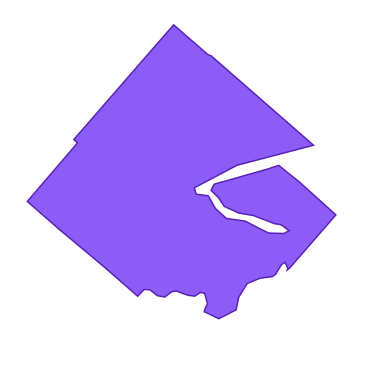 the district of Mason, Washington, United States of America, rotated 41°
{"feature_id": "52423323B30851290743950", "entity_name": "Mason", "entity_type": "district", "adm_level": 2, "iso_a3": "USA", "parent_name": "United States of America", "parent_adm1": "Washington", "projection": "robinson", "projection_center": [-123.026, 47.345], "detail": "fine", "context": "isolated", "style": "filled", "palette": "violet", "viewbox_px": 384, "rotation_deg": 41, "n_neighbors": 0, "source": "geoboundaries", "source_scale": "gbopen_adm2", "svg_char_len": 904}
<svg xmlns="http://www.w3.org/2000/svg" viewBox="0 0 384 384"><g transform="rotate(41 192 192)"><path d="M253.0,77.0L117.1,76.7L113.6,77.9L68.5,77.9L68.4,116.1L68.4,230.0L73.4,230.1L73.9,307.2L116.1,307.3L174.8,306.2L219.4,306.3L219.5,303.6L219.9,296.9L224.5,293.4L233.8,293.0L240.4,289.1L242.1,280.6L245.0,277.1L256.7,272.6L262.4,268.8L264.4,262.0L268.2,260.3L277.0,266.2L278.3,271.1L279.7,274.3L295.4,270.0L302.6,252.0L296.3,240.8L293.7,224.8L299.9,212.4L308.2,203.1L309.1,199.5L307.2,188.3L308.3,184.0L314.4,186.8L315.0,188.3L315.6,185.9L315.6,166.2L315.6,114.9L266.9,114.0L240.0,115.0L233.9,125.2L203.6,171.6L205.3,178.3L215.7,178.9L225.8,181.7L241.2,177.2L253.7,169.5L275.0,161.8L280.5,158.3L290.6,157.5L288.6,163.0L276.9,172.6L267.3,175.2L251.4,179.0L235.2,189.4L220.5,189.1L206.7,184.2L196.6,190.9L191.0,187.3L208.4,142.3L253.0,77.0Z" fill="#8b5cf6" stroke="#5b21b6" stroke-width="1.5"/></g></svg>